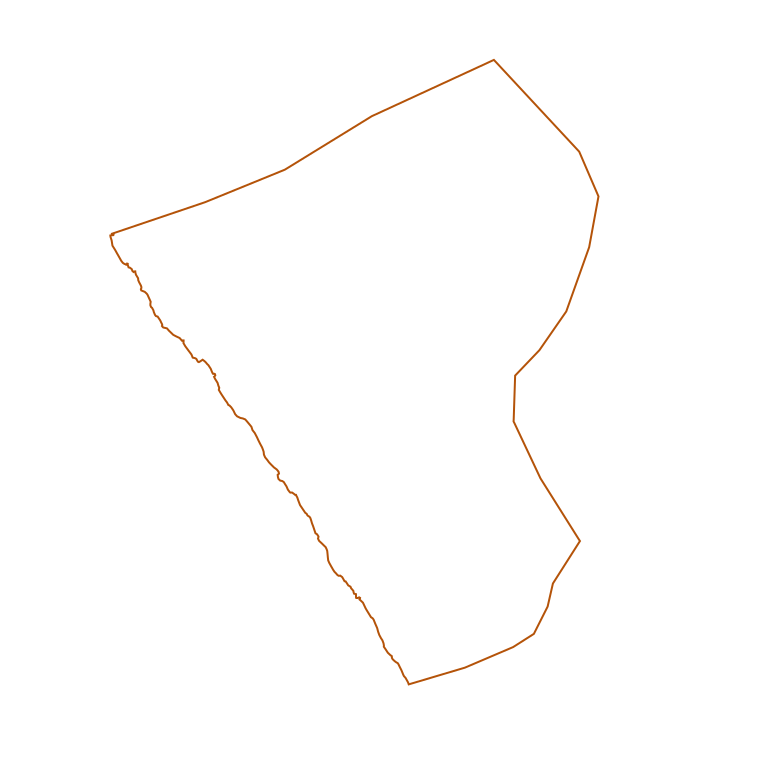 Qusir, Al Bahr al Ahmar, Egypt (Equal Earth projection), rotated 170°
{"feature_id": "37247803B34734253794751", "entity_name": "Qusir", "entity_type": "district", "adm_level": 2, "iso_a3": "EGY", "parent_name": "Egypt", "parent_adm1": "Al Bahr al Ahmar", "projection": "equal_earth", "projection_center": [34.284, 25.954], "detail": "fine", "context": "isolated", "style": "outline", "palette": "amber", "viewbox_px": 768, "rotation_deg": 170, "n_neighbors": 0, "source": "geoboundaries", "source_scale": "gbopen_adm2", "svg_char_len": 3422}
<svg xmlns="http://www.w3.org/2000/svg" viewBox="0 0 768 768"><g transform="rotate(170 384 384)"><path d="M626.7,579.1L625.5,578.8L624.3,578.4L624.7,577.6L626.8,577.8L627.7,577.8L627.8,576.4L627.3,572.7L627.4,567.4L625.5,562.7L624.3,559.2L623.0,555.6L621.4,551.0L620.2,548.7L619.2,547.7L618.6,547.2L618.1,547.0L617.2,546.2L616.5,546.6L616.1,547.2L615.5,546.9L615.7,545.9L615.3,543.2L614.1,542.7L612.5,541.0L612.1,538.9L611.2,537.8L610.5,538.2L609.4,538.1L609.5,536.8L609.3,534.7L607.8,530.8L608.0,528.9L607.5,526.8L606.3,523.1L606.1,521.6L606.3,520.6L607.0,519.6L606.8,518.3L603.6,516.3L602.0,514.2L601.4,513.0L600.8,510.6L600.2,508.3L599.5,505.5L600.2,503.4L600.4,501.9L600.0,500.2L599.2,499.3L598.3,496.6L598.2,494.9L597.8,493.1L597.5,491.8L596.8,490.5L595.2,489.7L593.3,485.4L592.9,483.8L592.2,481.5L592.1,480.5L592.6,479.7L591.8,478.2L591.4,477.9L588.1,476.5L586.5,473.8L583.0,469.0L580.3,466.9L577.3,464.8L575.9,462.5L575.3,461.6L574.6,461.9L573.8,461.7L574.1,460.2L574.4,459.1L573.1,455.6L570.4,450.2L568.5,446.5L567.8,443.2L565.7,442.3L564.5,441.4L563.9,439.6L563.4,438.3L562.5,437.7L561.3,438.1L558.4,439.4L556.9,437.8L555.9,436.5L554.5,434.1L553.7,433.1L552.9,431.2L552.0,429.1L551.4,426.2L551.0,424.6L550.5,423.6L549.7,423.7L548.8,423.2L548.6,421.9L549.5,420.9L550.1,420.6L549.5,418.5L547.7,414.0L547.4,411.1L546.9,408.9L547.7,406.9L546.9,404.7L545.8,401.9L542.9,395.2L541.8,393.1L540.9,390.3L540.0,389.8L538.5,387.6L537.0,384.3L535.8,380.1L534.3,377.7L531.3,375.5L529.0,374.6L526.8,373.2L525.4,370.9L523.4,367.4L522.0,364.9L521.5,361.4L519.8,358.2L518.3,353.5L517.5,350.4L516.3,346.4L515.1,342.8L514.6,340.3L514.3,338.2L514.5,335.3L513.8,332.4L512.0,329.2L510.9,326.9L509.4,324.6L506.9,321.0L504.5,318.5L503.7,317.1L503.1,315.9L503.0,314.0L503.8,313.4L504.5,313.0L504.6,310.6L504.4,308.8L503.0,306.9L501.0,306.1L499.7,304.8L498.9,302.7L497.8,300.1L497.0,296.7L495.7,294.1L495.1,293.3L493.4,293.1L491.9,291.6L490.7,290.2L489.9,290.1L489.6,288.7L489.1,287.4L488.7,284.5L488.2,281.9L487.7,279.3L486.4,276.4L483.9,270.8L482.7,269.6L482.2,267.9L481.5,267.1L480.5,266.3L479.8,264.8L479.4,262.1L479.1,259.3L478.5,256.3L477.4,248.9L476.0,247.6L475.0,245.2L475.4,244.0L475.8,243.5L475.7,242.6L475.1,240.7L472.9,237.8L470.7,234.7L469.8,233.5L469.2,231.3L468.9,229.5L469.1,226.6L469.4,223.1L469.6,220.0L469.0,217.4L467.8,213.9L466.4,210.0L465.4,207.7L464.1,205.8L463.1,204.1L462.2,203.2L461.7,202.9L460.4,202.9L458.7,201.1L458.0,199.2L457.1,196.6L456.1,196.3L455.1,194.1L454.2,191.9L452.2,190.2L451.8,188.4L451.2,187.5L450.1,185.6L450.1,184.0L449.9,182.7L448.1,181.9L448.6,178.9L448.5,178.1L447.1,177.8L445.5,178.2L444.7,177.5L445.1,176.5L445.5,176.0L444.6,174.9L442.7,172.3L441.5,167.9L441.0,166.1L440.1,163.7L438.6,159.9L437.3,156.6L436.3,155.7L435.7,155.0L435.1,153.6L434.2,149.3L433.1,144.8L432.8,141.0L432.2,137.6L431.1,134.2L430.1,131.9L429.5,128.7L429.5,126.4L429.8,125.3L428.6,122.7L426.9,118.7L424.6,115.6L423.7,114.9L423.6,113.7L423.8,113.0L423.3,111.5L421.6,109.2L420.1,107.6L419.0,106.8L418.4,105.4L417.5,102.2L416.6,99.3L415.8,95.7L415.6,94.7L415.1,92.9L413.8,90.8L412.1,85.9L411.8,83.9L353.6,90.6L302.5,102.5L279.8,111.9L261.5,136.4L252.3,158.2L218.3,195.3L219.6,198.4L246.3,263.9L262.4,323.0L262.9,324.6L262.4,326.7L253.4,369.5L225.1,390.3L191.9,423.8L158.2,483.1L140.2,531.5L151.4,578.9L219.5,684.1L349.4,649.9L444.4,612.3L528.7,594.1L626.7,579.1Z" fill="none" stroke="#b45309" stroke-width="2"/></g></svg>